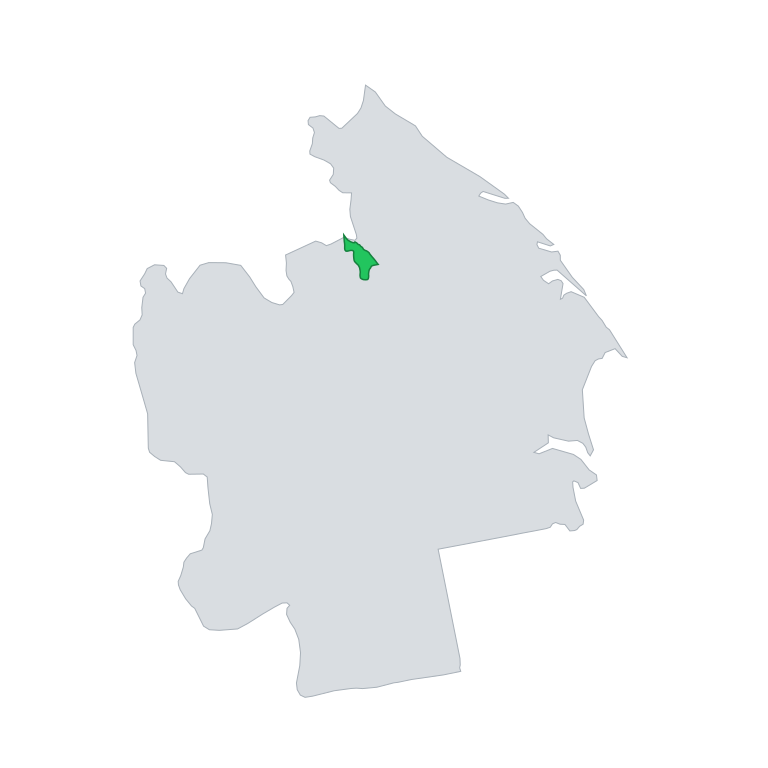 Louetsi-Wano, Ngounié, Gabon shown in context, rotated 169°
{"feature_id": "22940354B18924798450478", "entity_name": "Louetsi-Wano", "entity_type": "district", "adm_level": 2, "iso_a3": "GAB", "parent_name": "Gabon", "parent_adm1": "Ngounié", "projection": "robinson", "projection_center": [11.582, -2.167], "detail": "fine", "context": "in_parent", "style": "filled", "palette": "green", "viewbox_px": 768, "rotation_deg": 169, "n_neighbors": 0, "source": "geoboundaries", "source_scale": "gbopen_adm2", "svg_char_len": 4574}
<svg xmlns="http://www.w3.org/2000/svg" viewBox="0 0 768 768"><g transform="rotate(169 384 384)"><path d="M527.5,100.5L527.0,107.2L520.4,123.6L517.2,136.2L516.4,149.6L518.3,160.4L521.5,168.0L523.6,176.4L522.0,182.3L518.8,184.8L521.0,187.7L525.8,188.4L534.1,185.9L546.9,181.4L563.5,174.9L574.5,171.5L592.6,173.6L602.3,176.1L607.3,180.7L612.6,199.9L615.3,202.8L619.7,211.0L623.3,220.9L624.1,225.9L623.7,229.5L620.0,234.8L615.9,242.6L614.4,247.3L611.0,250.8L606.6,254.3L594.5,255.7L592.6,257.8L589.2,266.1L582.9,273.2L580.0,279.8L577.4,288.7L577.9,299.7L576.6,315.6L575.3,326.4L578.5,330.1L593.0,332.7L595.8,334.9L599.6,341.5L604.5,347.7L617.8,351.7L622.9,356.5L627.1,361.7L627.6,366.0L624.6,383.2L621.7,399.8L622.8,412.3L623.9,424.4L625.5,441.9L624.7,452.6L621.0,459.1L621.0,464.2L622.7,470.4L619.4,487.4L617.2,490.3L611.3,493.5L608.2,498.0L607.2,505.2L604.0,515.1L600.7,518.7L600.7,523.3L603.9,526.6L603.8,531.7L597.9,537.8L594.4,542.5L586.5,544.8L577.5,542.4L575.3,539.0L577.5,533.7L576.8,529.4L573.6,525.0L568.8,513.5L564.6,511.1L562.2,515.8L554.8,524.5L541.9,535.7L532.8,536.6L516.1,533.2L502.0,527.8L495.4,514.7L491.3,504.0L485.3,491.4L478.6,485.4L471.4,481.6L468.2,481.4L457.9,488.4L454.8,491.1L454.9,497.0L455.8,502.5L457.4,505.1L458.7,508.6L458.5,514.1L456.7,521.4L456.0,529.4L423.8,537.3L418.3,534.5L414.2,530.8L409.3,531.5L395.4,535.6L390.2,532.7L385.1,530.6L382.8,532.4L382.6,535.8L385.0,554.8L384.2,562.0L381.1,571.4L379.4,577.8L388.0,579.6L391.1,582.6L394.1,587.3L398.2,591.8L398.5,594.5L393.8,599.4L392.2,605.5L394.4,610.3L400.2,615.3L408.7,620.4L412.8,623.8L412.4,626.9L408.5,633.5L407.0,639.1L404.3,644.1L404.9,648.8L408.7,653.1L408.3,657.0L405.7,659.9L400.4,659.3L395.9,659.7L391.9,658.5L379.4,643.5L376.6,643.1L358.4,654.6L353.9,659.4L350.1,666.2L345.1,680.9L336.8,672.3L329.7,656.6L321.4,647.0L303.9,631.4L299.2,619.9L279.1,594.6L250.4,569.4L229.6,547.4L226.4,542.6L229.9,543.2L250.0,554.1L252.7,552.9L255.1,550.4L246.4,544.7L238.1,540.2L230.3,537.4L222.5,537.6L218.2,533.0L215.3,525.9L213.9,519.9L210.5,513.6L199.4,500.5L196.7,495.5L190.7,488.6L194.4,487.8L206.2,494.3L207.3,491.7L206.2,487.8L194.3,481.6L187.9,481.2L186.4,476.8L187.3,471.8L178.8,452.8L169.9,438.6L168.5,431.9L192.4,462.8L195.6,463.3L199.7,463.0L209.6,459.6L207.7,455.4L203.3,451.0L199.0,453.0L193.4,453.5L190.4,451.6L189.1,448.4L194.7,433.5L192.3,434.2L190.5,436.9L187.4,438.2L182.7,438.9L170.9,430.9L160.5,409.2L157.8,404.8L155.0,397.3L152.3,394.2L140.4,363.4L144.9,365.7L150.4,374.6L160.9,372.7L165.0,367.5L168.6,367.7L172.3,366.6L176.9,361.7L190.4,340.5L194.0,312.5L192.8,295.9L190.9,279.4L195.3,274.1L197.1,277.6L198.0,283.5L200.1,287.8L204.9,291.7L213.8,292.7L227.7,298.8L232.6,302.7L233.9,294.9L249.9,288.3L245.1,285.9L230.9,288.6L211.5,278.7L205.1,272.4L199.0,260.5L192.8,254.2L193.2,248.6L207.2,243.5L210.9,244.0L212.4,250.2L216.1,252.7L217.5,251.9L218.2,246.6L218.2,232.5L214.0,212.3L215.3,208.4L219.1,207.0L222.5,204.3L224.9,203.8L229.6,204.3L231.9,209.0L233.2,211.6L238.0,212.8L241.9,215.3L245.3,214.6L248.1,211.7L252.2,211.1L264.9,211.1L276.4,211.2L299.3,211.2L322.2,211.3L345.1,211.4L362.4,211.5L362.3,199.9L362.2,182.1L362.1,161.0L362.0,140.8L361.9,122.1L361.8,100.0L362.8,93.6L363.9,91.0L363.5,87.3L381.2,87.1L413.3,88.7L427.4,88.5L431.3,88.8L448.9,87.7L463.1,89.1L469.1,90.7L474.5,91.4L491.5,92.4L513.7,91.2L521.3,91.5L525.5,94.6L527.5,100.5Z" fill="#d9dde1" stroke="#a8b0b8" stroke-width="1"/><path d="M395.0,537.9L395.4,534.9L395.8,531.4L395.9,529.2L396.1,527.6L396.5,525.8L396.8,524.2L396.7,522.8L396.0,521.7L394.9,521.4L393.7,521.4L392.4,521.5L391.2,521.5L389.7,521.2L388.7,520.5L388.5,519.3L388.8,518.2L389.1,517.2L389.3,516.0L389.5,514.6L389.6,513.5L389.7,512.2L389.7,510.7L389.4,509.7L387.9,507.3L386.8,505.9L386.2,504.4L385.8,502.8L385.8,501.1L385.8,499.6L386.0,498.1L386.4,496.8L386.8,495.3L386.9,494.3L386.9,492.7L386.4,491.9L385.5,491.1L384.3,490.4L382.9,490.0L382.0,489.8L381.2,489.7L380.2,489.7L379.4,490.3L378.8,491.6L378.4,493.1L378.2,494.9L377.7,496.5L377.1,498.1L376.5,499.2L375.9,499.8L375.0,500.6L374.5,501.3L373.9,502.0L373.1,502.3L371.6,502.5L370.6,502.5L369.2,502.5L366.9,502.5L368.1,504.8L368.8,506.4L369.7,508.1L370.4,509.4L371.2,510.7L372.0,512.2L372.7,513.5L373.2,514.5L373.6,515.7L374.5,516.8L375.5,517.8L376.2,518.3L376.9,518.7L377.8,519.4L378.5,520.3L378.8,521.2L379.1,522.1L379.5,522.6L380.2,523.2L380.8,524.0L381.1,524.8L381.6,525.4L382.3,525.7L383.1,526.4L383.5,527.2L383.9,527.7L384.7,528.4L385.4,529.0L386.1,528.3L387.6,528.7L389.5,529.9L392.0,532.1L393.3,534.2L395.0,537.9Z" fill="#22c55e" stroke="#15803d" stroke-width="1.5"/></g></svg>